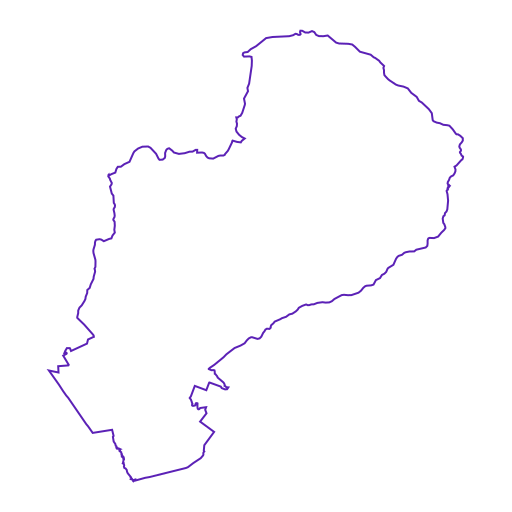 Margina, Timis, Romania (Mercator projection)
{"feature_id": "2599482B95910170912575", "entity_name": "Margina", "entity_type": "district", "adm_level": 2, "iso_a3": "ROU", "parent_name": "Romania", "parent_adm1": "Timis", "projection": "mercator", "projection_center": [22.319, 45.898], "detail": "fine", "context": "isolated", "style": "outline", "palette": "violet", "viewbox_px": 512, "rotation_deg": 0, "n_neighbors": 0, "source": "geoboundaries", "source_scale": "gbopen_adm2", "svg_char_len": 6006}
<svg xmlns="http://www.w3.org/2000/svg" viewBox="0 0 512 512"><path d="M358.5,292.7L361.0,290.7L363.3,287.8L365.2,286.2L366.7,285.7L371.0,285.4L373.5,284.6L375.9,280.1L380.0,278.1L381.9,275.0L384.4,273.7L386.2,271.9L387.6,268.7L388.3,267.9L393.4,264.8L396.1,258.7L397.3,257.0L398.6,255.9L402.0,254.8L404.3,252.8L405.9,252.2L409.4,251.5L414.2,251.4L416.3,249.7L425.7,247.5L427.3,245.9L427.6,243.7L427.6,240.4L428.1,238.8L428.5,238.3L429.5,237.9L434.0,238.1L438.1,236.6L441.3,232.7L444.2,229.9L445.4,228.1L445.3,227.0L444.3,224.2L443.3,222.9L442.7,218.6L443.4,216.2L444.6,215.4L445.0,213.1L446.5,211.5L447.3,209.4L448.1,200.7L447.5,194.2L446.6,190.9L447.0,190.2L447.9,189.6L447.6,188.9L448.3,187.9L447.7,187.9L447.8,187.5L449.8,185.8L449.1,185.1L448.3,185.8L448.1,184.3L447.6,183.6L447.8,182.1L449.0,180.0L449.8,177.7L451.1,176.4L453.2,175.4L454.5,173.5L455.4,171.3L455.5,169.5L454.5,166.7L456.5,165.5L461.4,160.0L462.4,159.4L463.0,157.6L463.1,156.7L462.8,156.3L461.7,155.7L460.9,153.9L460.0,152.7L459.9,152.1L460.9,150.8L461.0,150.1L460.8,149.3L459.6,147.6L459.3,146.4L459.9,144.4L461.7,142.4L462.8,140.6L462.8,138.2L460.3,135.8L457.9,134.3L456.6,134.3L455.9,133.8L452.8,129.4L449.4,125.7L447.3,125.2L443.3,124.8L439.9,123.2L436.7,122.6L433.5,121.2L432.7,120.1L431.8,113.2L428.9,109.2L421.8,102.5L418.9,100.8L416.7,96.9L411.3,92.9L407.8,88.4L403.5,86.6L398.2,85.5L395.9,84.6L389.6,80.4L388.0,79.1L385.4,76.3L384.4,75.1L384.0,72.7L384.0,70.1L383.4,67.9L384.1,66.0L380.3,62.4L379.2,60.8L375.1,57.9L373.7,57.3L370.7,54.7L359.9,51.7L355.0,46.8L352.2,44.5L348.2,43.8L339.1,43.5L336.1,42.6L327.7,35.5L323.4,36.2L318.9,36.1L316.2,34.9L314.3,32.1L312.0,31.1L308.5,32.6L305.2,32.5L302.3,30.8L300.4,30.7L300.0,32.0L300.6,34.1L299.8,34.9L298.3,34.9L296.8,34.0L295.5,33.8L293.1,35.2L289.2,36.2L272.5,37.0L266.1,38.1L256.1,46.2L250.7,49.2L247.7,52.0L244.5,52.4L243.1,53.2L242.7,55.0L244.0,56.6L249.5,56.4L251.5,56.9L251.9,60.6L251.7,66.0L249.1,83.7L247.4,87.9L248.0,91.2L244.0,98.6L245.0,103.7L244.8,104.9L242.2,112.9L240.5,115.8L239.1,116.3L237.9,117.4L236.3,117.4L236.8,119.2L236.4,121.6L237.0,123.7L236.8,126.2L235.7,128.7L236.5,131.6L239.1,134.8L241.8,137.0L244.7,138.5L241.8,140.8L240.8,142.4L237.0,141.9L232.6,140.6L232.2,141.2L232.1,142.2L228.8,149.1L227.8,150.9L225.1,154.0L224.7,154.9L223.4,155.5L220.4,155.5L218.4,155.9L213.2,158.6L209.2,158.3L207.6,157.6L206.2,156.1L204.9,153.7L203.9,152.9L202.1,152.5L197.1,152.7L197.2,149.9L195.6,149.9L192.6,151.6L189.5,151.7L184.7,153.2L178.9,153.9L173.9,152.5L172.3,150.7L169.2,148.3L168.2,148.5L166.8,149.3L166.1,150.3L165.1,153.0L165.2,156.3L164.8,157.9L162.7,159.6L159.5,159.8L158.5,158.6L156.1,153.8L150.5,147.8L148.1,146.5L142.4,146.7L138.1,148.5L134.4,151.4L133.4,153.0L129.5,161.8L124.4,164.1L120.9,166.7L117.8,166.8L116.4,169.0L115.3,172.6L111.5,174.1L109.3,175.3L108.8,175.4L108.7,174.7L108.5,174.9L108.3,176.4L109.8,178.5L110.2,179.9L111.8,183.0L111.5,184.4L110.0,186.6L111.8,193.6L113.4,195.6L113.8,202.9L114.7,204.3L115.0,205.4L114.8,207.1L113.8,208.6L113.6,209.7L114.4,213.1L114.7,215.6L114.5,217.0L113.5,218.8L113.3,219.8L114.6,221.8L114.8,225.8L114.3,229.8L114.8,232.6L112.5,235.5L111.4,238.4L109.2,238.9L103.8,241.2L101.3,239.6L99.6,239.2L96.2,239.7L95.6,240.5L95.0,242.3L94.9,244.8L93.5,249.4L93.3,250.9L93.5,253.0L95.4,259.8L95.5,261.5L95.4,266.9L94.5,268.8L94.9,269.8L95.1,271.7L93.7,276.7L93.5,278.9L90.8,284.3L89.7,287.9L87.3,290.0L87.2,293.0L85.7,296.7L85.4,299.0L84.4,301.1L81.7,305.4L79.5,307.6L78.6,309.6L78.2,310.7L78.2,313.1L77.2,317.2L77.3,317.9L84.2,324.6L92.5,334.0L93.6,335.4L94.0,337.7L93.6,336.9L88.0,339.5L87.0,343.6L71.0,351.0L70.0,348.3L69.6,348.1L66.9,348.1L65.3,350.8L64.3,353.3L65.0,353.6L65.9,352.5L66.5,352.8L66.7,353.4L66.4,353.9L63.2,355.6L68.7,364.8L68.4,365.4L58.2,366.2L58.5,372.5L48.9,370.5L58.9,384.6L63.1,391.1L66.2,395.5L68.2,397.8L86.3,424.2L88.0,426.2L92.7,432.9L112.1,429.8L113.6,435.9L112.9,436.8L113.7,441.6L115.3,443.9L115.7,445.7L116.5,446.4L116.3,447.6L116.8,448.6L117.1,448.7L117.6,448.2L118.1,448.6L118.6,448.4L120.1,449.1L119.3,449.4L119.3,449.9L120.1,450.1L119.7,451.2L121.2,452.2L121.3,453.2L121.9,454.1L121.5,454.7L122.7,456.1L121.8,456.1L121.8,456.4L122.9,456.7L123.0,456.9L122.8,457.2L123.4,457.4L123.3,458.4L123.9,458.4L124.0,459.5L123.6,459.9L123.0,462.7L123.6,462.9L123.6,463.3L123.2,463.6L123.8,463.9L124.2,465.3L123.9,466.6L124.4,468.0L125.5,468.4L126.7,469.9L127.0,471.6L127.7,473.2L131.1,477.4L131.2,477.8L130.9,478.0L132.0,478.9L132.0,479.2L131.6,479.4L133.1,479.9L133.1,481.0L133.4,481.3L134.2,480.6L134.1,480.1L134.5,479.8L134.7,480.0L135.4,479.6L135.5,480.5L145.2,477.8L149.3,477.1L185.9,468.0L187.9,467.2L193.4,463.0L200.7,458.2L203.1,455.4L203.4,454.5L203.3,453.0L203.7,452.1L204.3,451.5L203.8,450.6L204.3,445.2L214.1,431.9L200.1,421.6L206.5,413.3L205.2,409.8L206.1,407.2L200.2,408.0L199.3,409.1L198.4,409.3L197.8,408.8L197.6,408.1L197.4,406.3L197.5,403.4L196.9,403.1L196.0,403.2L195.7,403.6L195.4,405.1L195.0,405.5L193.0,405.9L192.3,405.6L192.0,405.1L192.4,403.6L192.0,402.9L191.6,401.3L191.3,400.8L191.0,399.7L189.7,398.0L190.9,396.3L194.8,385.9L206.3,390.2L209.2,382.6L209.5,382.5L220.8,386.6L221.7,388.1L225.1,389.4L227.1,389.2L228.3,387.4L226.3,387.2L225.2,386.0L224.6,385.9L224.6,384.4L223.6,382.6L217.6,377.5L217.3,376.5L215.4,374.1L214.8,373.8L214.7,371.4L214.5,370.4L213.8,370.1L211.5,370.2L208.8,369.1L208.8,368.8L209.4,368.6L209.6,368.0L214.2,364.9L223.6,357.2L226.4,354.3L234.6,348.0L240.5,345.6L244.6,343.3L246.8,340.4L248.8,338.4L250.9,337.3L252.0,337.2L257.5,338.9L259.6,338.4L261.3,336.7L263.2,332.8L264.4,331.4L265.4,329.6L266.9,328.7L269.5,328.9L270.7,327.7L270.7,326.6L271.2,325.2L273.4,323.3L274.7,321.6L280.3,319.2L281.9,318.2L286.1,316.8L289.3,314.4L292.3,313.7L295.8,311.4L297.7,309.6L298.8,307.8L302.2,305.9L305.7,304.6L306.2,304.5L307.8,305.2L309.3,305.1L311.3,304.4L313.8,304.3L317.4,302.9L322.5,302.2L325.6,302.6L329.3,302.4L331.9,301.2L334.4,299.0L341.7,295.1L344.0,294.8L348.0,295.2L351.4,295.1L358.5,292.7Z" fill="none" stroke="#5b21b6" stroke-width="2"/></svg>